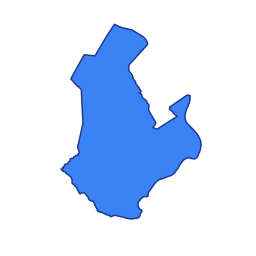 outline of Zondoma, Zondoma, Burkina Faso, rotated 120°
{"feature_id": "67063806B77925181323544", "entity_name": "Zondoma", "entity_type": "district", "adm_level": 2, "iso_a3": "BFA", "parent_name": "Burkina Faso", "parent_adm1": "Zondoma", "projection": "natural_earth1", "projection_center": [-2.323, 13.202], "detail": "fine", "context": "isolated", "style": "filled", "palette": "blue", "viewbox_px": 256, "rotation_deg": 120, "n_neighbors": 0, "source": "geoboundaries", "source_scale": "gbopen_adm2", "svg_char_len": 4632}
<svg xmlns="http://www.w3.org/2000/svg" viewBox="0 0 256 256"><g transform="rotate(120 128 128)"><path d="M196.9,165.0L197.0,165.2L197.9,163.1L198.0,162.8L197.8,162.2L197.6,161.7L197.5,161.0L197.5,160.5L197.9,159.9L198.3,158.6L198.3,156.9L198.5,155.7L198.7,155.1L198.8,153.3L199.0,152.8L199.3,152.3L200.3,151.2L200.7,150.7L201.2,150.3L203.8,148.8L204.0,148.2L204.0,146.7L204.1,146.1L204.8,144.7L205.0,143.5L205.4,142.6L205.9,142.1L206.4,141.6L206.9,140.5L207.4,139.6L207.8,139.1L208.9,137.5L209.0,137.0L209.0,136.4L208.2,136.2L207.4,135.7L207.2,135.4L206.9,134.9L206.4,133.9L206.2,133.5L206.3,132.0L206.6,131.0L207.5,129.2L207.8,127.8L208.6,127.2L209.2,126.5L209.7,125.1L209.8,124.1L209.6,123.5L209.0,122.3L208.9,121.6L209.1,121.2L209.2,120.8L210.1,119.7L210.4,119.0L210.8,118.5L211.6,118.2L211.6,117.8L211.6,117.4L212.7,116.0L214.1,113.6L214.4,113.6L214.8,113.3L215.1,112.8L215.1,111.7L214.8,110.4L214.9,110.1L214.9,109.7L214.3,109.0L214.1,108.6L214.0,106.7L213.8,105.3L213.9,104.0L213.8,103.3L213.8,102.9L213.5,102.1L213.0,100.8L213.0,100.1L213.3,99.9L213.5,99.1L213.3,98.5L213.0,98.0L212.5,97.6L211.7,97.3L211.4,97.1L211.0,96.6L210.6,96.2L210.4,95.9L210.0,95.2L209.4,93.2L207.8,88.3L207.0,84.5L206.6,83.3L205.9,81.4L205.5,80.9L205.4,80.2L205.3,79.9L204.9,79.5L204.6,79.0L203.9,78.0L203.5,77.5L203.1,77.2L202.9,77.0L202.7,76.7L202.7,76.4L202.1,75.7L201.6,75.1L201.1,74.6L200.5,74.1L200.1,74.0L199.5,73.9L198.8,73.7L198.0,73.8L197.4,74.0L196.9,74.2L196.3,74.3L195.7,74.4L194.7,74.4L193.9,74.2L193.1,74.3L192.8,74.6L192.6,74.9L192.4,75.2L192.3,75.7L192.3,76.2L192.3,76.9L192.2,77.4L192.0,77.9L191.8,78.4L191.2,79.2L190.9,79.7L190.4,80.3L189.7,80.8L189.0,81.2L188.2,81.6L186.7,81.9L183.7,81.5L181.6,81.1L180.1,80.2L179.3,79.5L178.8,78.7L178.5,78.1L178.1,77.5L177.8,77.1L177.3,76.8L177.0,76.7L176.6,76.8L176.2,77.0L175.6,77.4L174.7,77.8L173.6,78.1L170.2,77.7L164.1,77.2L160.9,76.7L158.8,76.1L157.8,75.5L156.3,74.3L153.9,72.1L152.7,71.2L150.1,69.2L148.0,67.3L146.8,66.5L145.2,65.7L143.5,65.2L140.5,64.9L137.0,64.5L134.7,64.7L130.9,64.4L128.8,64.1L127.3,63.6L125.3,62.5L124.4,61.7L123.7,60.7L123.1,59.5L122.6,57.4L121.9,55.7L121.4,54.9L121.0,54.5L120.4,54.1L119.5,53.7L118.6,53.5L117.8,53.5L116.6,53.8L114.6,54.0L113.2,54.0L111.4,54.4L109.6,55.0L106.5,56.0L104.4,57.5L103.3,58.1L102.2,59.4L101.1,61.1L99.9,62.8L98.9,64.7L98.0,66.7L96.6,71.1L96.2,72.6L95.9,73.8L95.3,75.8L95.0,77.0L94.5,78.8L93.7,80.3L92.8,81.7L92.0,82.6L90.8,83.4L89.4,84.5L87.8,85.3L85.2,86.0L81.1,86.9L78.7,87.1L77.3,87.3L75.8,87.4L74.4,87.9L72.6,88.4L71.1,89.2L68.9,90.5L69.1,91.4L69.4,92.1L69.6,92.8L70.1,93.3L76.2,96.2L83.9,99.9L88.5,102.0L88.6,102.3L89.5,102.1L91.1,101.3L91.4,98.6L91.7,97.7L91.9,97.1L92.4,96.0L92.8,94.8L93.1,93.3L93.0,92.2L93.2,91.8L93.2,91.5L93.7,91.5L94.0,91.6L94.5,91.9L95.2,92.2L104.7,97.2L110.8,100.3L114.0,101.9L114.4,102.2L114.6,102.6L114.8,103.9L115.1,105.8L115.2,106.5L111.4,106.3L110.4,106.4L109.8,106.5L109.3,106.9L108.8,107.6L108.2,108.6L106.7,111.6L105.4,113.6L104.3,115.7L103.5,117.0L102.8,118.2L101.8,119.3L100.7,119.9L99.4,120.5L98.3,120.9L97.5,121.7L97.0,122.7L96.8,123.7L96.0,124.5L95.0,126.2L94.9,126.9L94.8,128.2L94.8,129.1L94.4,130.5L94.0,131.3L92.6,132.5L92.2,133.2L92.0,133.9L91.9,135.8L91.6,135.6L90.3,134.9L90.1,135.0L89.4,135.4L88.8,136.4L88.4,137.5L87.7,138.6L87.1,139.5L86.9,140.7L86.2,142.2L85.9,142.8L85.7,143.3L85.3,143.9L84.2,144.6L83.6,145.7L83.3,146.6L82.7,148.2L82.0,148.8L81.1,149.7L80.4,150.4L80.0,150.9L79.9,151.2L79.2,153.0L79.0,153.4L78.2,155.4L77.7,155.9L76.4,156.7L75.2,157.9L73.6,158.3L72.1,158.5L70.7,158.3L69.3,157.9L66.0,157.1L61.6,156.2L50.1,153.7L46.4,152.9L45.8,153.0L45.2,153.2L44.5,153.7L43.5,155.0L42.5,156.8L41.7,159.0L41.3,160.8L41.3,162.8L41.2,166.4L41.2,170.5L40.9,172.2L41.1,173.9L42.0,176.4L42.9,179.3L43.7,182.2L44.6,186.3L44.8,189.5L45.0,191.6L58.7,192.4L81.9,192.6L84.2,197.3L86.4,202.5L100.3,202.4L114.0,202.1L115.6,197.4L117.2,192.2L116.9,191.5L117.0,191.2L118.3,187.5L125.8,182.7L133.1,178.0L139.1,174.1L146.2,169.4L148.6,168.7L163.5,164.0L165.5,163.2L167.0,162.9L167.8,162.7L168.7,162.6L169.7,162.0L171.0,160.8L172.9,158.5L173.5,158.1L174.2,157.7L174.7,157.9L175.1,158.1L175.3,158.2L175.7,158.3L175.9,158.1L176.3,157.5L176.8,157.9L177.2,158.3L177.6,159.2L178.6,159.3L178.9,159.3L179.4,159.8L179.8,160.4L181.6,160.5L181.9,160.7L182.2,160.9L182.4,161.1L182.6,161.4L182.8,162.0L183.1,162.3L183.6,162.4L186.3,162.0L187.5,162.5L188.8,162.4L189.3,162.6L190.2,163.7L190.6,164.1L191.2,164.4L192.4,164.4L193.0,164.1L193.9,164.2L194.6,164.8L194.9,164.9L195.2,164.8L195.3,164.3L195.5,164.0L195.9,163.9L196.3,164.2L196.9,165.0Z" fill="#3b82f6" stroke="#1e3a8a" stroke-width="1.5"/></g></svg>